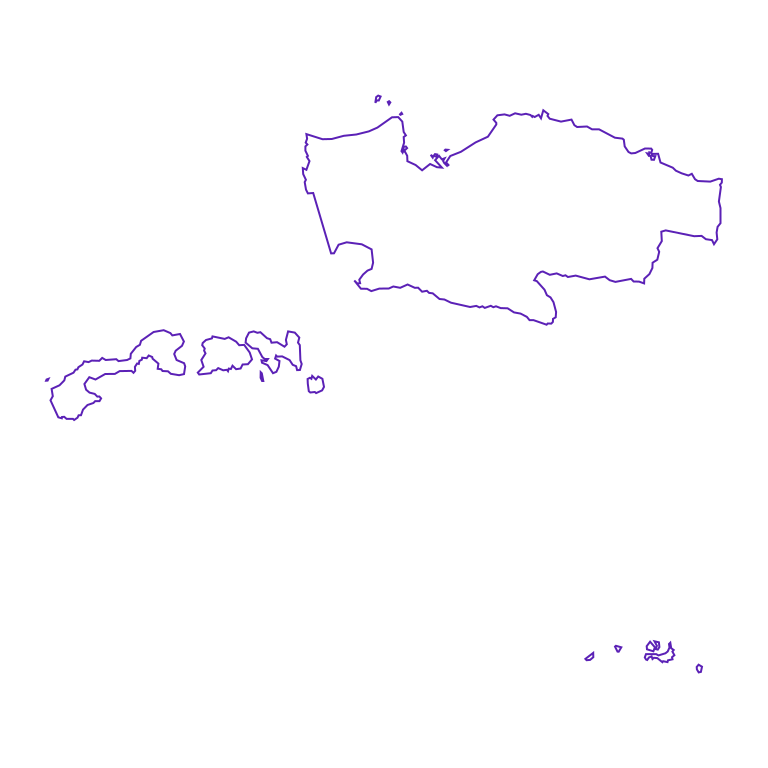 the district of Maluku Tengah, Maluku, Indonesia
{"feature_id": "22746128B41463091507887", "entity_name": "Maluku Tengah", "entity_type": "district", "adm_level": 2, "iso_a3": "IDN", "parent_name": "Indonesia", "parent_adm1": "Maluku", "projection": "albers", "projection_center": [128.463, -3.665], "detail": "fine", "context": "isolated", "style": "outline", "palette": "violet", "viewbox_px": 768, "rotation_deg": 0, "n_neighbors": 0, "source": "geoboundaries", "source_scale": "gbopen_adm2", "svg_char_len": 6099}
<svg xmlns="http://www.w3.org/2000/svg" viewBox="0 0 768 768"><path d="M721.9,179.2L718.8,178.7L710.3,181.6L697.7,181.0L695.0,179.2L691.8,173.8L688.4,175.5L681.6,173.3L675.9,170.7L672.8,167.7L660.5,162.5L658.1,153.8L652.2,153.9L651.7,154.9L653.0,156.1L655.3,156.1L654.0,159.8L651.5,159.7L650.5,155.7L648.9,155.9L647.2,153.4L649.1,153.8L649.3,152.3L651.2,153.0L652.2,149.9L651.2,148.6L645.0,148.5L635.3,153.0L631.2,153.4L628.5,152.0L624.7,146.4L623.8,139.7L622.4,138.6L614.9,137.7L599.0,129.3L592.0,129.3L587.0,126.5L577.1,127.0L574.4,125.2L571.5,119.6L561.0,121.6L549.7,118.7L547.5,115.9L548.3,114.1L543.3,110.3L541.0,118.3L538.7,114.8L534.7,117.0L532.7,116.0L532.2,116.8L530.5,115.0L525.9,113.8L521.3,114.7L515.1,113.3L509.7,115.8L504.5,114.4L497.4,115.3L493.5,119.6L496.3,122.9L496.3,124.5L487.9,136.7L475.6,142.4L460.9,151.8L450.3,156.0L446.1,162.4L449.1,165.7L447.7,164.6L447.0,165.8L444.2,163.0L443.1,160.9L444.6,158.3L441.8,159.3L439.0,155.8L435.1,160.2L441.9,167.6L437.0,167.2L430.1,164.0L422.1,170.3L415.6,165.0L407.4,161.2L407.2,155.8L405.1,151.9L402.8,151.2L402.5,152.5L401.5,151.1L404.1,142.7L403.7,137.0L405.9,135.4L403.7,132.0L402.3,121.6L398.2,117.1L392.0,117.3L377.4,127.6L368.8,131.4L356.3,134.5L343.8,135.8L331.8,139.0L322.5,139.2L306.4,134.1L307.1,138.7L305.7,142.6L307.4,144.5L305.4,146.4L305.4,150.7L307.9,155.9L306.8,156.9L309.5,161.1L306.4,169.8L302.8,168.1L303.2,174.1L305.9,179.8L304.7,182.1L306.0,189.6L307.9,193.4L313.2,193.0L331.1,253.4L334.0,253.3L338.6,244.7L346.7,242.3L361.8,244.3L371.6,249.4L373.1,262.7L371.6,268.9L367.5,270.6L363.1,274.5L359.3,279.7L360.1,283.2L357.3,283.5L354.3,280.5L360.9,288.7L367.0,288.8L371.3,291.1L379.3,288.6L388.8,288.5L393.3,286.5L400.2,287.8L407.6,284.5L414.8,287.8L418.1,287.7L422.1,291.7L426.9,290.8L429.1,292.9L432.7,293.3L439.5,299.0L444.4,299.5L451.0,302.7L470.1,307.0L476.3,305.9L479.5,307.4L482.4,306.3L484.8,307.9L490.8,305.8L493.3,307.2L496.0,306.3L500.7,308.1L507.6,308.3L514.0,312.4L520.6,313.6L526.9,316.9L529.5,320.1L533.4,320.1L546.6,324.7L547.7,323.5L551.3,323.6L552.9,321.9L553.0,318.9L555.7,317.3L556.1,312.0L553.5,302.2L550.5,297.4L546.9,295.2L544.5,289.7L536.8,281.1L534.2,280.3L537.7,274.2L540.9,271.9L542.9,271.5L549.8,274.8L556.7,273.4L562.8,276.0L565.5,275.3L567.9,277.0L575.7,275.6L589.4,279.3L605.0,276.6L609.7,280.2L615.4,281.9L631.1,278.9L633.6,281.5L639.0,281.6L644.1,283.4L644.3,278.7L649.4,274.1L652.4,268.0L652.6,262.7L657.3,259.7L659.2,251.8L657.5,248.2L661.8,241.1L661.3,231.7L665.7,230.4L694.2,236.2L701.6,235.9L705.9,239.2L712.0,240.1L714.0,244.2L717.3,239.3L716.6,232.5L717.6,226.8L720.5,223.2L720.5,208.1L718.9,201.5L720.9,187.0L720.0,184.8L721.8,182.6L721.9,179.2ZM157.7,368.8L161.3,369.3L162.5,371.0L168.0,371.3L170.8,373.8L179.1,375.2L184.0,374.1L185.2,366.4L184.1,363.2L176.6,360.0L174.2,354.0L175.7,350.7L182.0,345.8L183.9,341.5L180.0,334.0L172.3,335.4L170.4,333.1L163.7,330.2L153.6,332.0L141.1,340.8L139.9,344.8L136.2,347.0L130.8,353.8L130.4,358.4L127.1,360.0L118.5,361.1L116.3,359.2L105.7,360.0L102.2,357.9L99.3,360.8L91.7,360.6L88.6,362.1L84.1,361.3L82.5,364.5L78.4,367.2L77.4,369.4L75.5,369.7L73.5,372.7L65.3,376.6L64.3,380.4L59.5,385.3L51.6,388.9L52.8,396.2L50.5,400.3L58.3,417.3L61.8,418.3L62.0,417.0L64.2,416.8L66.6,418.9L73.0,418.9L74.1,420.0L77.5,417.7L78.6,415.3L81.0,415.2L83.0,409.6L87.5,405.0L93.4,403.0L95.2,401.1L99.5,401.1L101.1,398.4L99.4,396.5L97.3,396.6L94.7,393.9L89.5,392.6L86.1,389.7L84.4,384.0L89.3,377.2L95.5,379.5L105.2,374.0L114.9,373.9L119.7,371.1L131.5,370.9L133.5,372.8L135.2,370.8L134.9,366.9L137.1,363.5L138.8,363.9L139.4,360.9L141.8,359.7L142.2,357.7L146.7,358.2L148.7,355.5L152.2,357.0L152.6,358.7L158.4,363.6L157.7,368.8ZM224.7,338.9L212.5,336.4L211.9,338.4L206.0,340.0L202.7,343.0L202.2,345.2L204.7,348.5L204.1,350.6L205.5,353.4L201.3,360.0L203.6,366.8L197.8,372.6L199.2,374.5L210.8,373.2L212.5,370.5L216.1,370.2L218.2,368.1L223.2,370.3L226.9,369.8L228.0,371.2L228.8,368.6L230.9,369.0L232.5,365.7L236.1,369.2L240.6,368.5L242.6,364.5L247.9,364.2L252.0,359.4L249.7,352.5L244.2,344.9L239.2,345.2L236.2,341.7L228.6,337.3L224.7,338.9ZM253.7,331.4L249.0,332.6L246.1,338.3L245.6,342.6L252.3,348.3L257.9,348.8L262.3,357.0L264.7,359.0L267.9,359.0L266.4,361.1L261.5,360.3L262.0,362.7L267.6,365.1L273.0,373.2L276.4,371.8L278.8,366.7L279.5,361.0L275.1,358.6L276.1,355.5L277.2,356.6L282.2,356.4L289.6,360.1L292.7,364.8L296.1,366.2L297.1,370.1L299.9,370.0L301.7,364.0L300.4,360.3L299.8,345.1L298.0,342.6L299.3,337.6L294.8,332.6L288.1,331.4L285.9,339.9L286.8,344.3L284.5,346.7L277.1,342.2L271.5,342.7L270.2,339.2L267.0,338.2L260.4,332.2L257.4,332.8L253.7,331.4ZM315.9,379.5L312.2,375.9L311.4,378.8L309.9,377.8L307.6,379.0L307.8,383.7L308.8,391.2L310.3,392.5L314.8,392.0L316.1,393.1L322.1,390.4L324.0,386.9L322.4,378.8L318.2,376.5L315.9,379.5ZM670.3,642.7L669.0,644.0L669.5,647.5L667.7,651.5L665.4,653.3L658.5,655.4L656.1,654.1L646.0,654.1L644.8,657.4L646.0,659.5L647.2,660.0L648.9,657.5L651.6,656.4L652.5,659.0L653.9,657.8L657.3,658.1L662.4,662.2L663.1,661.2L667.5,662.1L668.0,660.3L672.5,659.3L672.0,657.2L674.4,655.2L672.4,651.6L673.7,650.0L671.2,648.2L670.3,642.7ZM650.1,641.7L646.7,646.2L647.0,649.3L653.4,651.3L654.9,647.3L650.1,641.7ZM700.9,671.9L702.0,666.7L698.6,664.7L696.7,667.0L696.9,669.4L698.7,672.4L700.9,671.9ZM593.3,657.2L593.2,652.9L585.4,658.9L586.6,660.2L590.1,659.9L593.3,657.2ZM615.9,645.8L615.0,646.6L617.5,651.6L618.7,651.7L621.3,647.3L615.9,645.8ZM658.9,642.3L654.5,641.3L656.9,645.8L655.6,649.1L657.8,649.6L659.4,647.1L658.9,642.3ZM380.6,96.5L378.2,95.6L376.2,97.1L375.3,102.8L376.9,100.4L378.8,100.5L380.6,96.5ZM263.3,381.0L261.8,373.3L260.7,372.2L260.6,377.8L262.1,381.0L263.3,381.0ZM405.9,146.5L403.3,146.8L403.9,151.1L407.1,148.1L405.9,146.5ZM437.2,154.5L435.0,154.1L433.6,155.9L436.7,156.8L437.2,154.5ZM389.0,104.5L390.3,102.4L389.1,101.2L387.8,102.0L389.0,104.5ZM48.5,378.8L46.6,379.5L46.1,380.7L47.6,380.6L48.5,378.8ZM433.1,156.5L430.7,154.9L432.7,157.6L433.1,156.5ZM447.7,149.8L445.4,149.6L444.8,150.2L445.9,151.1L447.7,149.8ZM402.2,114.0L401.5,112.8L400.0,114.3L400.4,114.8L402.2,114.0Z" fill="none" stroke="#5b21b6" stroke-width="2"/></svg>